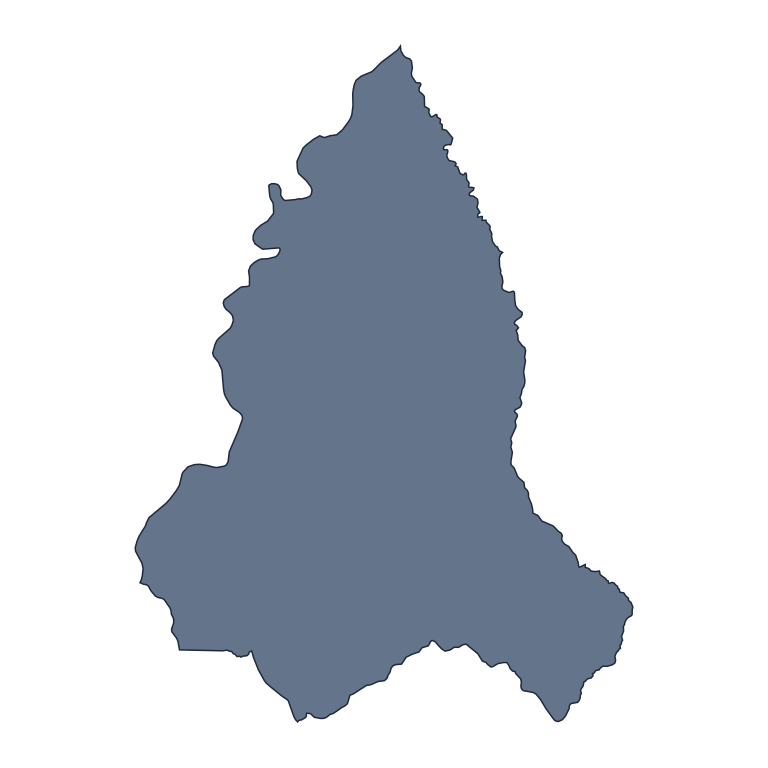 Marsella, Risaralda, Colombia (Albers equal-area conic projection)
{"feature_id": "7082276B48757885087630", "entity_name": "Marsella", "entity_type": "district", "adm_level": 2, "iso_a3": "COL", "parent_name": "Colombia", "parent_adm1": "Risaralda", "projection": "albers", "projection_center": [-75.739, 4.958], "detail": "fine", "context": "isolated", "style": "filled", "palette": "slate", "viewbox_px": 768, "rotation_deg": 0, "n_neighbors": 0, "source": "geoboundaries", "source_scale": "gbopen_adm2", "svg_char_len": 6106}
<svg xmlns="http://www.w3.org/2000/svg" viewBox="0 0 768 768"><path d="M145.4,526.0L139.0,536.3L137.1,541.0L135.2,547.7L135.6,551.3L141.9,563.1L143.1,568.4L142.4,575.3L141.6,579.0L140.0,582.7L143.5,584.2L146.3,584.7L148.3,585.9L151.0,590.9L155.2,595.9L157.8,597.4L162.2,598.4L164.1,599.5L169.7,607.5L170.8,609.9L171.5,614.5L173.2,617.8L173.7,619.9L173.6,623.3L171.6,628.8L171.8,631.7L176.5,638.0L177.9,641.1L179.5,649.9L222.8,650.8L227.4,650.1L229.5,651.3L231.6,651.4L233.2,653.6L235.1,654.3L237.0,656.5L239.7,656.3L241.0,657.1L242.8,656.2L246.9,655.7L248.5,654.3L249.5,651.9L251.7,651.0L253.4,657.2L258.4,669.8L264.2,680.3L266.2,683.0L270.6,686.9L282.3,696.4L287.6,699.9L288.4,701.1L294.0,716.9L295.7,719.9L297.6,721.9L299.0,720.3L301.6,719.9L305.1,717.8L306.4,716.3L306.3,714.3L306.8,713.2L310.5,713.6L314.3,717.3L321.0,718.5L323.9,718.3L326.4,717.4L329.9,714.5L333.4,713.4L342.0,707.4L344.8,706.0L347.4,703.7L349.9,695.3L353.3,693.9L366.5,685.4L370.9,684.7L378.1,681.5L384.4,680.7L386.9,678.5L388.1,675.2L390.0,672.3L391.2,667.9L393.0,665.8L395.8,664.6L401.6,664.1L406.2,657.2L412.5,654.1L419.1,651.9L421.9,647.8L428.4,645.8L430.6,641.4L432.3,640.5L434.8,641.4L441.3,648.6L445.0,651.1L450.1,650.0L454.1,647.3L458.7,647.3L463.0,644.7L466.2,644.2L477.8,653.7L482.3,661.0L486.2,662.6L487.8,664.6L490.9,667.0L492.9,666.6L498.0,663.6L503.7,662.5L506.9,662.6L508.9,665.5L510.2,668.6L512.6,671.1L515.1,671.6L515.7,673.6L520.6,678.8L521.4,682.0L520.9,685.9L521.2,688.1L521.9,689.3L523.5,690.7L533.4,692.5L536.1,694.2L540.3,699.2L546.0,708.7L554.1,719.8L556.0,721.1L558.5,721.5L562.5,719.6L565.7,715.7L569.2,708.5L569.2,706.4L570.1,704.5L571.4,703.5L577.4,702.4L578.8,701.0L580.1,698.3L580.3,695.5L581.3,693.4L580.5,689.9L583.1,686.0L583.9,682.0L585.4,681.2L587.4,678.9L591.1,678.0L592.7,676.2L593.0,675.3L592.4,673.9L594.4,672.8L595.6,670.6L599.1,669.9L600.2,668.2L602.8,666.2L607.3,666.3L612.6,664.7L614.9,663.0L615.6,660.5L614.9,656.1L616.5,652.5L618.4,650.7L618.8,649.4L620.4,648.4L619.9,645.5L621.3,643.9L621.5,642.2L622.6,640.2L621.5,636.5L623.6,631.0L623.4,626.3L624.5,624.6L624.9,622.2L626.3,619.5L628.4,617.3L631.1,615.9L632.1,614.7L632.2,610.1L632.8,607.0L630.9,602.3L628.7,600.6L628.2,598.0L625.6,595.8L623.8,592.9L620.0,592.2L619.2,589.2L617.9,588.3L617.6,586.4L615.4,584.7L614.2,583.1L612.0,582.4L609.2,583.4L608.6,583.1L608.1,580.8L606.6,580.3L605.5,578.6L600.2,574.7L599.4,571.0L595.7,571.6L591.1,571.1L588.9,568.6L585.3,567.3L585.2,564.5L579.8,567.1L578.7,566.8L578.3,563.0L575.7,555.2L572.9,552.5L568.9,546.6L564.6,544.1L562.3,541.4L561.6,539.1L562.3,535.5L561.2,533.3L558.2,531.2L553.3,526.0L541.8,521.0L538.0,515.6L532.8,513.0L532.7,509.6L531.4,503.9L528.6,497.3L528.4,492.8L527.1,490.2L524.6,487.7L523.9,482.3L519.0,478.1L517.4,476.0L514.3,468.2L511.1,464.8L510.9,461.5L512.4,452.4L510.8,447.0L511.8,442.8L510.6,438.7L515.8,427.2L516.0,425.6L515.1,421.2L517.5,416.0L516.9,414.0L514.6,411.9L514.5,411.2L515.4,409.6L519.9,407.3L521.4,404.6L521.7,402.9L519.9,397.6L521.4,393.7L522.0,389.4L523.8,386.6L524.8,382.8L524.8,379.7L523.6,371.8L525.3,361.7L525.4,360.3L524.6,357.5L525.6,350.8L524.8,347.7L522.1,345.6L518.2,340.4L517.7,334.9L516.2,330.5L518.5,327.8L516.7,325.4L514.7,324.2L514.3,323.0L515.5,320.7L521.2,316.7L522.2,314.4L522.1,312.5L518.0,309.2L515.7,306.0L514.8,300.4L514.4,292.2L513.4,291.3L512.5,291.3L509.7,292.4L508.2,292.2L503.3,290.1L502.1,288.3L501.9,286.5L502.9,281.8L502.1,276.5L500.4,273.3L500.8,270.6L499.6,266.5L499.3,258.3L500.5,254.6L502.6,252.4L499.2,250.8L497.4,247.0L495.5,246.0L492.5,241.7L491.5,235.9L491.9,233.9L489.6,228.7L490.2,227.2L489.8,225.7L486.4,222.3L485.9,220.2L482.1,220.4L482.4,216.6L481.0,216.5L478.3,217.3L477.6,216.9L477.9,214.1L478.4,213.4L479.4,213.2L479.9,212.3L477.0,207.4L478.0,202.9L477.5,199.2L473.4,196.1L469.9,195.8L469.1,194.6L469.8,192.8L473.3,190.1L474.0,188.0L472.8,187.5L469.5,187.3L468.6,186.5L469.1,183.0L466.6,179.4L466.4,174.5L465.8,173.1L465.1,173.1L464.1,174.4L463.2,174.8L460.6,173.9L459.6,172.3L457.7,167.0L455.1,165.7L456.1,163.9L455.4,162.4L453.9,161.6L449.2,160.6L447.6,158.3L446.7,155.4L447.8,151.9L447.7,150.3L447.2,149.8L443.9,149.6L443.3,148.6L443.9,146.6L445.6,145.1L448.4,144.5L450.3,144.9L451.1,144.2L452.7,138.1L446.6,130.6L444.8,129.7L442.2,129.4L442.2,124.6L440.0,123.1L440.5,119.8L440.1,118.9L437.1,117.0L436.9,114.8L435.8,114.5L432.5,116.6L430.8,116.7L428.8,112.7L429.2,109.2L426.4,107.3L424.6,106.7L424.3,96.7L423.5,95.2L419.6,91.7L419.1,90.7L419.1,87.9L420.8,84.9L420.7,83.6L419.6,82.9L416.0,82.6L411.9,76.4L411.3,73.6L412.4,68.0L411.5,61.2L409.7,58.8L406.1,57.7L403.4,55.4L400.9,50.8L400.4,46.1L397.7,50.0L381.4,62.3L372.1,71.6L361.3,76.1L356.2,80.2L354.3,84.4L353.3,89.3L352.7,93.8L353.0,105.2L351.9,114.5L350.5,118.4L348.6,121.6L342.4,129.9L336.7,134.8L330.2,135.7L324.4,137.6L319.7,135.8L313.5,139.3L306.7,144.6L303.1,148.0L297.0,161.3L297.3,168.2L298.2,172.3L299.1,174.0L306.3,180.7L311.0,186.9L312.0,190.4L311.2,194.4L310.0,196.1L306.8,197.7L301.6,198.9L298.1,198.9L295.2,199.6L285.4,200.5L283.7,199.8L281.2,196.4L280.7,195.0L280.9,189.9L279.1,186.0L277.7,184.6L274.8,183.7L271.6,183.7L269.1,185.0L268.8,185.9L269.7,195.7L270.5,198.6L272.8,202.6L273.3,204.4L273.6,212.5L273.2,213.9L267.6,221.1L261.0,225.1L256.1,229.6L255.0,231.1L253.2,235.6L253.1,239.7L255.0,243.9L262.6,249.2L279.0,247.9L280.1,249.1L279.9,250.7L278.6,253.8L276.8,256.0L275.3,256.9L267.5,258.8L261.2,259.0L258.7,259.9L254.2,262.5L250.4,266.1L248.6,270.9L249.5,277.4L249.4,285.7L247.8,286.4L241.7,286.9L240.2,287.6L225.1,299.1L224.0,300.4L223.3,303.1L224.1,306.2L225.9,309.2L230.0,312.6L231.6,314.5L232.6,316.1L233.4,320.3L231.8,325.4L230.1,328.3L218.9,338.2L216.7,340.8L215.0,344.6L212.7,352.9L213.5,356.1L218.4,362.2L221.9,370.1L223.6,389.6L224.4,393.8L225.6,396.8L230.3,405.0L232.7,407.9L239.7,412.7L241.6,415.0L242.6,417.6L242.1,420.1L237.8,432.1L229.3,451.8L228.1,461.9L226.2,465.1L224.3,466.1L217.1,467.5L214.8,467.4L206.4,465.3L199.7,464.3L194.5,464.6L188.0,466.8L183.0,472.2L182.2,473.7L179.3,485.6L175.9,491.2L170.0,499.0L165.8,503.5L149.0,517.6L146.3,523.1L145.4,526.0Z" fill="#64748b" stroke="#1e293b" stroke-width="1.5"/></svg>